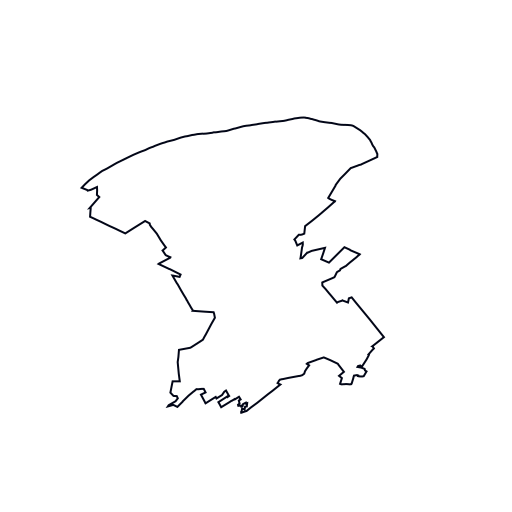 outline of Jumpravas pag., Lielvardes, Latvia, rotated 143°
{"feature_id": "27541924B27221718879632", "entity_name": "Jumpravas pag.", "entity_type": "district", "adm_level": 2, "iso_a3": "LVA", "parent_name": "Latvia", "parent_adm1": "Lielvardes", "projection": "natural_earth1", "projection_center": [24.983, 56.676], "detail": "fine", "context": "isolated", "style": "outline", "palette": "ink", "viewbox_px": 512, "rotation_deg": 143, "n_neighbors": 0, "source": "geoboundaries", "source_scale": "gbopen_adm2", "svg_char_len": 5954}
<svg xmlns="http://www.w3.org/2000/svg" viewBox="0 0 512 512"><g transform="rotate(143 256 256)"><path d="M99.6,262.1L97.8,264.3L97.5,265.0L97.5,265.5L97.0,267.2L96.8,268.4L96.4,270.4L96.2,271.6L96.3,273.2L96.0,275.4L95.8,276.0L95.5,277.3L95.4,278.5L95.1,279.8L95.1,280.9L95.2,282.0L95.2,283.2L95.6,287.5L95.9,288.8L96.2,289.7L96.4,290.9L97.1,293.7L99.4,299.8L99.9,301.1L100.5,302.1L101.5,303.3L104.2,305.7L105.8,307.0L107.2,308.1L108.5,309.1L110.1,310.6L111.0,311.5L115.7,316.9L116.9,317.9L120.8,321.7L123.8,324.8L124.5,325.6L125.4,327.0L126.7,328.8L127.6,329.9L128.8,331.6L129.7,332.5L130.6,333.8L131.7,335.1L133.1,336.4L133.4,336.9L134.0,337.4L134.5,337.8L136.0,338.9L137.7,340.0L140.1,341.3L142.5,342.7L144.5,343.5L148.2,345.3L150.2,346.1L152.5,347.2L156.8,349.8L159.0,351.1L159.8,351.8L161.4,352.6L164.4,354.3L165.2,354.8L166.6,355.5L168.4,356.7L170.4,357.8L174.5,360.0L176.3,360.8L180.2,363.0L182.3,364.0L185.4,365.9L187.9,367.2L189.6,367.9L195.8,370.3L196.9,370.9L198.8,371.6L202.2,372.8L204.3,373.6L206.2,374.7L208.4,376.1L210.4,377.2L212.5,378.3L214.0,379.2L215.3,380.2L216.9,380.8L218.6,381.8L220.1,382.6L222.2,383.8L224.0,385.0L225.4,386.1L226.7,386.9L228.3,387.9L229.6,388.7L231.1,389.4L232.9,390.3L234.0,391.0L236.3,392.0L238.6,393.0L240.8,394.2L243.0,395.1L244.7,395.8L246.5,396.4L251.5,398.0L255.7,399.8L258.0,400.8L260.6,401.6L262.6,402.4L265.0,403.2L270.5,404.8L272.5,405.2L274.2,405.8L276.3,406.4L278.3,406.8L280.5,407.2L282.2,407.7L284.4,408.4L286.9,409.1L293.0,410.6L299.6,411.9L311.0,414.1L314.0,414.5L316.6,414.8L319.8,415.2L322.3,415.5L325.1,416.0L327.6,416.5L330.7,416.6L333.5,416.6L336.0,416.7L338.1,416.8L343.7,416.8L346.4,416.5L349.3,416.2L354.2,415.4L351.1,410.3L351.1,409.5L350.1,409.1L348.2,408.3L346.6,407.9L341.5,406.8L343.4,404.0L346.3,400.5L345.7,397.4L355.2,395.4L359.9,394.4L359.0,394.0L359.9,392.9L361.7,390.9L364.9,387.2L362.6,382.9L361.8,381.3L359.2,376.5L357.5,373.1L354.9,368.0L353.5,365.5L351.5,361.8L350.2,359.2L348.2,355.4L346.8,352.7L335.8,351.8L323.5,350.7L321.3,346.0L322.0,344.8L322.1,343.0L322.2,342.8L322.0,339.5L321.8,334.2L321.8,333.3L322.6,325.8L322.8,319.6L322.8,317.0L327.0,316.6L327.3,316.6L327.4,314.7L327.6,311.3L327.5,310.8L326.0,308.0L325.1,306.5L325.4,306.3L325.7,306.3L337.9,308.3L338.6,308.3L337.3,305.8L333.4,298.4L333.3,298.1L332.7,297.3L327.4,286.6L329.6,285.3L334.0,290.2L334.5,290.7L335.6,281.9L335.6,281.0L335.6,280.5L336.5,273.9L337.1,268.7L337.5,264.4L337.8,262.9L337.9,262.6L337.9,262.3L337.8,262.1L338.2,259.8L338.5,256.9L338.9,254.0L339.2,250.4L339.5,250.3L330.7,242.6L323.7,236.6L324.2,235.1L326.0,231.4L332.3,228.7L335.5,227.2L343.2,223.6L345.6,222.6L348.8,221.1L362.6,222.1L363.8,222.3L374.0,227.4L378.8,222.0L382.4,218.4L388.5,208.5L392.3,201.8L398.0,206.1L401.7,202.8L406.6,198.4L406.1,194.0L405.9,193.7L403.6,191.8L404.1,189.4L407.7,188.4L415.5,189.4L416.9,188.9L414.9,188.1L413.8,187.7L411.8,186.9L411.6,186.7L410.9,185.4L410.7,185.0L409.6,182.8L402.3,183.8L402.0,184.0L395.8,184.8L394.4,185.0L393.3,185.1L388.7,185.3L387.5,185.4L387.0,185.3L383.7,185.5L382.4,184.4L379.4,182.6L377.7,181.3L378.4,177.4L383.4,178.4L384.7,170.1L385.0,168.8L385.0,168.7L376.3,168.0L373.0,167.7L373.3,166.0L366.8,165.4L363.0,166.7L360.9,166.6L361.7,161.0L361.7,160.4L363.5,160.5L363.3,161.1L374.0,161.9L374.3,159.4L374.5,158.1L374.6,157.6L374.8,156.2L365.7,155.3L362.7,155.1L362.3,154.9L359.1,154.6L359.1,154.2L354.3,153.8L354.6,150.7L356.7,150.9L357.9,148.1L359.9,148.0L360.3,147.0L357.9,145.5L358.4,144.8L357.2,144.1L355.5,145.5L352.4,145.0L352.8,144.2L351.6,143.8L353.3,142.0L353.9,141.4L355.4,142.2L357.5,140.3L358.9,142.5L361.9,139.8L362.0,139.9L362.1,139.7L357.3,138.1L356.9,137.9L351.1,138.1L343.4,138.0L329.4,138.4L324.4,138.4L313.9,138.7L314.7,140.1L315.2,141.5L314.7,141.6L312.9,142.5L312.6,142.6L311.2,142.8L311.1,142.7L309.4,142.0L308.8,141.6L303.4,139.1L294.2,134.5L293.2,133.9L292.8,133.7L290.8,133.0L288.3,133.0L286.2,134.5L283.2,135.6L279.4,136.7L280.3,139.3L279.2,139.4L278.8,139.3L270.5,136.7L269.9,136.6L262.9,134.2L261.6,132.0L259.3,128.0L257.8,125.1L255.6,120.9L255.5,120.5L255.6,119.6L255.5,110.6L261.8,110.3L260.9,106.8L264.1,104.5L265.8,103.3L265.1,102.2L264.9,102.0L262.9,100.7L262.5,100.4L262.0,100.1L261.1,99.5L259.8,98.4L258.3,97.0L257.6,96.6L257.0,96.3L256.2,96.7L256.2,96.8L255.9,96.9L255.2,97.4L251.5,100.1L251.0,100.6L249.7,101.5L247.0,100.1L246.3,99.1L246.8,98.7L246.0,97.8L246.0,97.7L243.6,95.8L242.3,95.2L237.2,97.3L237.5,98.1L237.8,98.9L237.8,99.1L237.2,100.5L239.1,103.5L241.7,106.3L240.7,106.7L238.6,105.8L238.5,105.3L238.3,103.8L234.2,105.3L230.9,106.5L229.6,107.0L225.8,108.8L225.2,109.2L225.4,109.7L219.7,110.9L217.5,111.2L217.3,113.6L217.5,113.9L202.7,114.2L203.2,132.0L203.3,136.3L203.9,149.9L204.3,159.0L204.5,165.4L207.3,166.3L210.5,163.5L213.4,168.0L213.6,168.3L213.7,168.6L214.1,168.6L214.4,168.6L216.9,169.5L218.8,170.1L219.4,170.0L219.7,175.2L219.9,179.5L220.1,182.4L220.3,187.2L220.3,187.5L220.8,192.4L219.0,195.0L218.9,195.0L216.2,194.3L208.5,192.4L206.2,191.9L205.8,192.0L203.8,193.0L201.3,194.3L200.7,194.4L197.6,194.0L196.3,194.8L191.8,194.2L191.6,194.2L190.3,193.9L187.8,194.1L184.9,194.3L181.1,194.4L179.3,194.5L177.8,194.5L176.0,194.6L174.4,194.8L172.6,194.8L172.1,194.9L172.4,195.5L175.1,200.2L177.0,203.5L177.2,203.9L177.2,204.2L177.3,204.6L178.7,207.2L180.1,209.8L201.7,206.8L205.9,214.2L200.7,217.7L196.0,221.0L208.5,226.6L213.4,227.7L213.4,227.8L220.1,226.6L220.4,226.6L221.9,227.4L221.3,227.9L214.0,235.2L212.7,236.1L211.7,237.0L210.6,238.6L216.7,239.6L215.4,244.6L215.4,246.1L209.0,247.2L207.5,246.0L206.2,245.4L204.0,244.8L198.8,250.3L190.3,250.4L181.7,250.7L168.9,251.5L161.5,252.1L160.9,252.1L160.1,252.1L159.9,252.2L162.0,255.6L162.4,256.5L162.8,257.2L163.3,258.5L163.4,258.9L150.7,264.1L150.0,264.4L149.6,264.8L142.2,267.0L135.8,267.9L132.6,268.4L127.4,269.2L127.1,269.1L126.3,268.8L122.3,267.6L121.4,267.3L121.1,267.2L118.9,266.6L117.1,265.8L116.2,265.7L99.6,262.1Z" fill="none" stroke="#020617" stroke-width="2"/></g></svg>